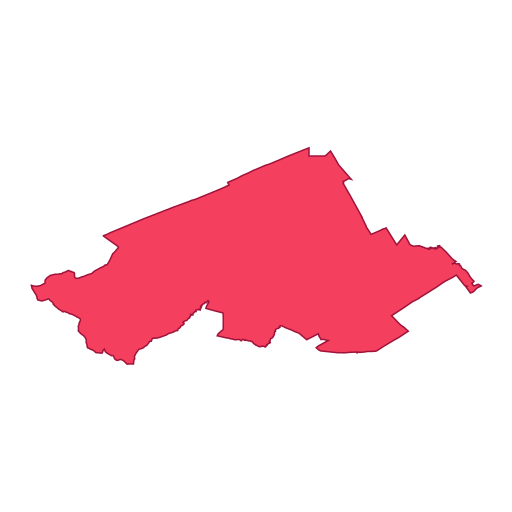 Brusturi, Neamt, Romania
{"feature_id": "2599482B56191304093915", "entity_name": "Brusturi", "entity_type": "district", "adm_level": 2, "iso_a3": "ROU", "parent_name": "Romania", "parent_adm1": "Neamt", "projection": "natural_earth1", "projection_center": [26.327, 47.289], "detail": "fine", "context": "isolated", "style": "filled", "palette": "rose", "viewbox_px": 512, "rotation_deg": 0, "n_neighbors": 0, "source": "geoboundaries", "source_scale": "gbopen_adm2", "svg_char_len": 6011}
<svg xmlns="http://www.w3.org/2000/svg" viewBox="0 0 512 512"><path d="M330.5,151.0L326.0,155.3L324.9,156.0L309.0,156.0L309.0,147.8L289.1,155.7L276.0,161.3L268.8,164.3L265.9,165.1L253.2,170.5L248.2,173.0L242.3,175.5L237.4,178.2L227.7,182.4L229.0,185.1L220.2,189.1L195.4,199.3L191.1,200.5L189.2,201.4L173.1,207.3L143.6,218.8L109.8,232.9L107.4,234.2L103.4,235.7L103.5,236.0L103.8,236.3L115.4,244.6L116.3,245.1L118.2,247.1L118.5,247.7L117.0,249.2L114.4,252.3L112.7,253.8L109.9,260.0L107.1,264.8L105.1,265.0L103.5,266.4L101.3,267.5L100.2,267.8L99.5,268.4L94.9,270.8L93.6,271.8L92.1,273.2L91.3,273.7L88.0,274.6L83.7,276.4L81.2,277.1L78.6,278.2L76.8,278.3L75.3,277.9L75.0,277.6L74.5,276.2L74.5,274.7L74.6,273.9L74.1,272.5L72.2,272.1L71.7,271.5L69.9,271.3L69.1,270.6L68.2,270.5L64.9,272.2L63.1,272.6L61.2,274.0L60.3,273.7L58.3,274.2L55.4,274.2L50.3,275.4L47.0,277.8L45.2,280.0L45.0,281.3L45.1,282.2L44.9,283.4L43.7,283.8L40.1,285.8L39.1,285.8L37.1,286.3L34.6,286.1L33.0,285.9L30.7,285.0L31.4,285.5L31.7,286.1L31.9,288.1L35.3,293.7L36.1,294.6L36.5,296.1L37.0,296.7L37.0,298.4L37.9,300.0L41.9,301.0L48.8,298.9L50.3,300.7L52.2,301.9L53.6,304.1L53.4,304.4L55.5,306.5L56.8,307.4L58.5,309.0L61.6,310.9L62.4,311.6L63.2,311.9L63.6,311.5L64.3,311.4L66.5,312.3L67.6,312.5L69.4,313.7L72.4,314.4L74.2,315.5L75.9,316.2L77.2,317.2L77.9,317.4L80.0,318.6L80.4,319.6L80.4,320.4L79.3,322.7L79.3,323.1L79.0,323.7L78.9,324.5L78.3,326.2L78.5,329.8L78.2,330.7L80.6,333.5L83.9,335.9L84.3,336.6L85.1,337.4L86.1,339.3L86.2,340.2L86.2,342.6L86.9,344.4L87.4,347.6L87.8,347.9L89.7,348.6L90.1,349.1L91.2,349.4L94.0,350.8L95.8,352.6L99.3,352.9L100.1,353.1L102.3,353.0L103.2,350.2L104.4,349.1L105.2,351.5L106.5,352.8L111.5,355.7L112.4,355.5L113.2,355.9L113.8,356.6L114.2,357.9L114.8,359.0L116.2,360.1L116.9,360.3L118.1,360.3L119.5,359.6L121.2,359.5L123.7,360.8L127.1,364.2L129.5,363.9L133.5,364.0L133.8,360.9L134.1,359.7L134.7,359.0L134.5,356.2L135.7,353.8L138.7,349.4L141.7,348.5L143.3,347.8L145.3,346.0L146.2,345.7L147.1,345.0L149.8,341.4L151.3,341.2L152.3,338.4L157.5,338.0L160.4,337.1L166.4,335.0L168.3,333.7L173.4,332.1L175.2,331.0L176.3,330.6L177.3,330.7L177.7,330.4L178.3,328.5L179.1,328.3L179.8,327.9L180.2,327.5L180.8,326.1L182.7,325.2L183.8,324.2L184.1,323.2L183.0,322.5L183.2,321.9L185.1,320.8L185.9,320.8L186.8,320.4L188.4,318.5L189.5,318.0L189.8,316.7L190.3,316.6L190.4,316.0L191.0,315.3L190.9,315.0L190.5,314.8L190.6,314.5L192.1,314.2L192.3,315.0L192.9,315.0L193.0,314.5L192.7,313.9L193.4,313.4L193.6,312.9L195.0,311.5L195.9,311.7L196.1,311.5L195.9,310.5L196.1,309.9L196.9,309.7L197.9,309.9L198.7,309.4L200.1,310.1L200.2,309.7L199.6,309.0L200.7,308.7L200.8,307.5L201.3,307.2L201.5,306.9L201.4,306.6L200.9,306.3L201.7,305.8L201.4,305.5L203.4,303.8L204.6,303.5L204.6,302.6L204.9,302.4L205.8,302.3L206.6,302.7L206.7,302.1L207.5,301.6L208.0,300.6L208.6,301.0L208.7,301.6L208.5,303.1L206.7,305.9L206.0,307.8L205.9,308.4L212.7,310.3L222.4,312.8L223.0,313.0L223.1,313.3L223.3,319.2L223.2,329.5L223.0,329.8L221.7,330.6L218.5,333.5L217.9,334.2L217.2,335.8L226.0,337.8L228.8,338.2L229.2,338.1L230.0,338.7L232.5,339.1L234.1,339.6L235.9,339.8L238.8,339.4L240.6,340.2L240.8,340.6L241.2,340.8L241.6,340.6L242.1,339.9L243.1,339.2L243.8,339.8L244.5,339.8L244.6,340.2L245.3,339.9L245.5,340.3L247.3,340.4L248.4,340.9L250.3,340.9L250.9,341.5L252.1,341.5L253.5,343.1L253.4,343.3L254.1,343.9L255.1,344.4L255.7,345.1L256.0,345.0L257.5,345.9L258.0,346.0L258.7,346.5L260.0,346.8L261.1,346.2L261.8,346.5L263.0,346.1L263.8,346.3L264.7,346.9L265.3,347.0L265.7,346.8L265.7,346.1L266.5,345.8L267.0,345.4L266.8,344.6L267.3,344.6L267.5,344.2L270.0,342.9L270.3,342.5L270.3,342.3L269.9,342.0L269.3,342.3L269.1,342.1L269.2,341.8L270.0,341.0L270.4,339.2L270.7,338.5L271.6,338.4L272.9,337.3L273.0,336.6L273.6,336.1L273.8,335.2L274.3,334.8L274.5,333.6L274.2,333.1L274.6,332.5L274.7,331.7L275.4,331.5L275.3,331.1L275.5,330.9L275.1,330.2L276.0,329.2L277.8,328.3L278.2,328.4L278.8,328.2L278.9,327.7L280.0,327.1L279.6,326.3L279.8,326.0L280.4,326.0L280.9,325.7L281.4,325.7L283.9,326.8L285.0,327.5L292.2,330.3L294.7,331.6L298.9,333.1L306.7,339.7L318.3,333.8L319.2,336.7L320.0,337.6L320.4,338.6L321.0,339.6L322.1,339.4L324.4,339.5L325.7,340.0L328.2,340.5L318.6,345.8L316.2,347.7L318.7,349.9L320.5,350.9L337.5,352.7L345.3,352.8L349.7,352.3L355.9,352.1L356.5,352.3L357.0,352.9L357.3,352.1L360.0,352.4L365.2,351.9L366.9,351.5L373.4,351.4L376.0,351.1L376.8,350.8L383.7,346.3L393.0,340.7L398.6,337.6L408.3,331.2L403.2,326.6L402.9,326.7L400.0,324.4L391.6,315.7L404.4,307.3L412.5,301.7L418.8,298.5L418.7,298.3L436.7,287.0L443.3,282.4L445.6,281.0L452.4,277.5L456.3,275.1L464.7,285.6L467.0,286.3L466.0,286.9L470.4,293.0L472.6,292.2L473.4,291.7L474.1,291.1L476.7,288.3L478.0,287.5L481.2,286.0L481.3,285.9L481.0,285.7L478.1,284.3L473.7,286.0L471.8,283.3L473.3,282.3L474.0,281.2L473.6,280.9L471.0,278.1L469.6,276.0L467.9,273.0L465.4,270.2L463.5,269.4L461.7,268.1L460.9,266.1L459.4,265.3L459.4,264.8L459.7,264.3L459.2,263.8L457.5,263.6L456.7,264.1L454.3,263.0L452.6,264.0L452.4,263.7L456.0,261.4L453.7,260.0L452.3,258.9L446.1,252.0L441.1,247.2L440.4,247.4L439.6,247.0L439.5,246.7L439.9,246.0L439.6,245.6L438.0,245.9L438.4,246.6L437.6,246.9L438.0,247.2L437.7,247.6L437.8,247.9L437.4,248.1L436.9,248.0L436.6,248.7L435.4,247.7L435.0,247.8L434.9,248.4L434.6,247.9L434.2,247.8L434.0,248.0L434.3,248.4L434.2,248.5L433.5,248.6L432.5,247.8L431.5,248.1L431.4,248.0L431.5,247.6L431.4,247.4L430.4,247.3L429.6,247.7L429.6,247.9L430.3,248.4L430.2,248.9L428.9,248.3L428.5,248.7L428.4,249.3L428.1,249.2L428.0,248.4L426.4,248.3L425.0,248.0L424.4,247.5L423.0,247.3L422.6,246.8L420.5,246.3L419.6,245.7L415.2,246.0L414.1,246.4L410.1,244.8L404.8,235.0L396.7,244.9L386.1,227.9L384.4,228.7L383.1,228.9L380.3,230.4L371.1,234.4L366.7,227.5L366.3,227.1L366.2,226.2L361.7,216.9L361.9,216.9L350.3,195.8L343.2,183.4L343.6,183.1L343.6,182.0L343.2,181.4L344.4,181.0L346.8,179.7L347.4,179.3L347.8,178.8L349.5,178.8L351.2,179.3L338.7,165.0L334.9,158.2L330.5,151.0Z" fill="#f43f5e" stroke="#9f1239" stroke-width="1.5"/></svg>